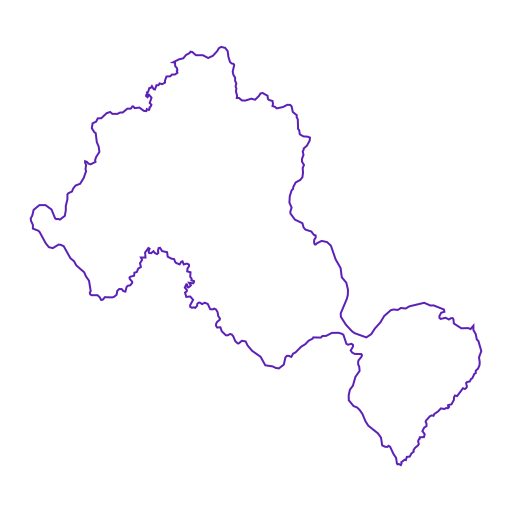 the district of Los Andes, Nariño, Colombia
{"feature_id": "7082276B65989383346082", "entity_name": "Los Andes", "entity_type": "district", "adm_level": 2, "iso_a3": "COL", "parent_name": "Colombia", "parent_adm1": "Nariño", "projection": "natural_earth1", "projection_center": [-77.705, 1.658], "detail": "fine", "context": "isolated", "style": "outline", "palette": "violet", "viewbox_px": 512, "rotation_deg": 0, "n_neighbors": 0, "source": "geoboundaries", "source_scale": "gbopen_adm2", "svg_char_len": 5994}
<svg xmlns="http://www.w3.org/2000/svg" viewBox="0 0 512 512"><path d="M245.2,100.6L241.9,100.4L239.0,98.0L236.8,98.0L237.1,95.8L235.9,91.2L236.4,88.6L235.6,86.4L236.3,83.4L235.1,80.8L235.1,77.6L233.4,74.9L232.7,71.7L234.2,65.0L233.5,63.9L231.5,63.4L230.0,62.0L228.4,56.8L227.7,51.2L225.2,47.9L221.2,46.9L218.9,48.2L217.2,51.1L213.0,55.7L208.2,58.0L202.8,55.2L195.9,55.2L192.3,52.0L190.5,51.7L189.5,53.1L186.0,55.0L183.3,58.3L179.1,59.3L173.1,62.3L175.0,62.5L175.2,66.1L176.9,68.1L177.4,70.3L176.8,71.0L177.4,72.8L174.9,74.5L171.8,74.6L170.3,76.3L166.5,76.5L165.0,80.5L165.0,82.6L162.0,84.2L159.6,83.4L158.5,85.2L156.5,85.2L154.9,89.5L153.6,89.1L151.9,86.1L150.7,87.9L149.3,88.1L148.2,91.7L146.9,92.4L147.5,94.5L146.3,94.8L146.1,96.0L147.5,97.2L149.0,94.8L151.5,97.7L149.7,103.0L151.4,104.7L150.7,106.5L149.5,107.4L149.6,108.9L148.8,110.0L146.8,109.1L146.3,111.1L143.9,110.9L139.4,107.6L134.6,108.1L133.4,106.5L132.4,106.4L130.7,108.7L127.3,108.7L122.7,112.5L120.1,112.5L117.4,113.9L112.4,113.9L110.2,112.0L106.7,113.1L101.3,118.2L97.7,118.4L96.2,121.6L92.6,123.3L91.8,128.2L94.4,132.3L95.7,133.1L96.8,142.1L98.7,146.7L99.4,151.9L96.1,157.1L95.1,160.1L95.5,161.9L90.6,164.3L88.4,163.6L87.1,162.0L85.1,161.2L85.0,162.3L86.1,165.0L85.5,169.1L86.1,171.1L83.7,178.0L80.1,183.8L75.6,185.5L73.2,188.5L72.0,191.5L68.4,193.2L67.4,194.4L67.4,199.4L65.8,205.9L65.8,210.3L64.8,215.9L59.9,219.6L58.2,218.9L56.2,219.1L55.1,218.3L51.5,209.5L45.5,205.1L39.4,205.1L33.6,209.9L32.3,215.5L30.7,218.5L31.0,220.9L32.9,224.9L32.9,228.6L38.3,230.7L39.6,232.0L45.8,243.4L48.9,247.2L52.8,248.1L58.6,244.6L60.7,244.8L63.7,246.2L70.4,258.2L74.1,261.3L76.3,265.4L84.2,272.3L85.9,276.3L89.0,280.7L90.7,291.1L89.8,292.6L90.2,294.3L91.5,295.2L97.5,295.2L99.6,297.1L101.2,300.0L102.9,299.6L104.8,297.2L112.5,297.4L114.4,296.6L116.6,294.7L117.3,290.8L119.3,289.0L121.7,289.1L123.4,291.1L125.4,291.6L126.6,286.9L128.0,285.7L130.3,285.3L132.3,282.7L132.1,281.6L129.8,279.0L129.5,277.5L130.4,276.7L134.1,275.7L134.4,272.7L136.8,272.0L138.2,268.6L140.9,267.0L140.0,263.2L142.1,259.9L140.9,257.5L145.5,257.5L145.1,252.5L148.4,248.0L149.6,248.7L148.6,251.6L149.1,253.0L151.1,253.2L153.5,251.2L154.9,253.0L157.0,254.1L158.3,253.0L158.0,250.6L158.6,248.1L160.0,247.8L162.1,251.1L167.1,252.2L167.7,256.7L171.5,258.7L174.1,259.1L175.2,262.0L176.2,263.0L179.6,264.4L181.3,261.7L182.5,261.3L183.7,264.4L186.8,263.6L188.9,264.5L189.1,266.1L187.5,268.5L187.2,271.4L190.5,272.3L190.2,276.7L191.7,278.9L191.4,280.4L193.9,281.0L194.1,281.8L193.2,283.3L189.1,282.8L190.9,285.4L188.6,287.4L187.5,287.2L187.1,284.5L186.3,284.3L184.8,287.6L186.9,290.1L186.7,291.4L185.0,292.6L186.3,296.9L190.2,296.5L193.1,299.8L190.1,305.3L190.2,306.8L192.0,307.8L193.9,307.3L195.2,307.9L197.0,305.9L197.4,303.7L198.6,302.7L199.8,302.6L202.1,304.1L204.8,302.7L207.8,304.0L210.2,309.2L212.8,309.4L214.2,308.6L216.0,309.5L217.6,312.2L218.2,316.0L220.0,318.7L219.6,319.9L217.1,321.9L216.1,323.8L216.0,325.7L217.1,327.5L220.4,327.3L221.7,331.2L225.8,335.2L227.3,335.4L230.2,334.0L231.9,334.6L233.3,336.4L235.3,341.2L237.7,343.4L238.8,343.4L241.8,340.8L245.6,341.4L247.6,345.5L252.1,350.8L260.6,356.8L265.3,365.3L272.6,366.4L275.9,368.0L278.9,368.4L283.8,364.6L285.4,357.5L286.8,355.9L288.8,355.9L291.3,356.9L293.1,353.6L295.4,352.5L301.3,346.6L305.3,344.2L308.6,340.7L312.5,338.7L313.3,337.4L320.8,337.6L322.5,336.0L326.1,335.9L331.9,332.9L338.5,332.8L341.9,333.8L343.4,334.8L346.4,343.8L348.0,344.7L351.5,343.8L353.0,344.9L352.9,346.8L350.7,350.5L352.2,352.6L354.7,353.9L361.4,354.1L362.0,355.2L361.3,357.0L358.6,360.2L358.1,361.9L358.2,364.6L359.2,366.5L359.6,370.9L355.4,376.9L352.9,385.7L349.9,389.7L348.7,395.4L348.8,400.3L353.6,406.1L357.0,407.4L359.6,409.9L362.4,413.9L365.5,421.3L368.3,425.7L377.9,433.3L381.0,437.7L382.2,445.4L385.2,446.8L387.4,446.9L388.6,445.8L390.1,446.8L393.5,454.0L396.1,457.9L396.9,463.5L397.5,464.3L398.8,464.0L400.8,465.1L401.5,463.7L401.3,462.2L404.7,459.7L405.9,460.1L406.8,456.9L409.7,456.6L411.5,453.4L413.7,451.7L413.5,450.1L415.1,447.8L418.1,445.3L418.8,444.0L418.1,441.2L418.9,439.2L419.7,438.8L419.8,437.3L423.9,437.1L424.7,434.2L422.4,431.1L424.1,427.7L426.5,426.1L426.5,423.6L425.6,421.9L426.0,420.6L430.0,416.2L431.7,415.4L433.5,415.8L434.4,413.9L438.2,411.3L440.9,408.4L444.5,409.0L446.2,408.0L447.8,408.3L449.0,407.2L449.3,407.7L449.1,406.9L448.1,406.2L448.1,405.1L451.5,404.3L453.9,399.9L454.0,397.2L455.0,395.5L457.1,396.1L463.0,388.2L464.8,389.0L466.4,387.9L466.9,386.6L466.1,383.0L467.1,382.0L469.7,381.5L471.1,378.9L472.3,378.2L474.4,373.8L475.7,373.2L475.8,370.7L478.1,368.5L479.5,365.2L479.7,362.0L479.0,357.3L481.3,351.1L478.4,341.0L476.8,339.5L475.7,334.1L473.4,330.0L473.4,325.7L470.5,329.1L468.3,328.1L461.3,328.3L453.9,323.5L453.4,319.2L452.6,318.1L451.1,318.1L448.9,319.5L445.7,317.8L440.6,318.9L439.4,317.8L439.4,316.1L441.2,312.7L444.4,311.8L443.9,309.5L433.6,305.4L430.3,305.5L424.2,302.8L409.5,306.3L405.7,308.5L400.9,308.0L397.9,309.9L393.5,309.5L390.8,310.2L384.2,316.0L380.3,322.5L374.9,328.5L371.3,334.1L366.3,337.4L354.7,333.2L351.9,331.2L345.9,324.7L340.9,316.9L340.7,313.4L346.9,298.7L347.8,294.9L348.0,289.9L346.3,282.7L341.8,277.3L340.6,268.1L335.6,259.3L330.9,245.7L327.1,242.1L321.7,240.9L317.0,243.2L315.7,244.5L314.8,244.4L314.1,242.8L314.2,239.9L315.7,237.5L315.6,235.4L313.9,234.9L311.3,231.5L305.4,229.6L303.6,227.5L302.4,223.2L294.9,219.6L290.4,213.4L290.3,211.8L291.6,207.6L289.4,202.6L289.8,196.0L291.7,190.2L293.1,188.9L293.3,186.9L295.7,182.4L300.2,180.0L302.4,177.3L303.0,172.8L302.7,167.9L304.0,165.0L301.9,161.5L302.0,158.8L303.5,154.9L302.7,151.4L303.6,149.9L303.7,148.5L306.9,145.7L309.7,140.5L310.0,137.6L307.8,136.7L303.4,136.4L299.8,134.3L299.2,130.3L298.1,128.9L297.8,119.4L296.6,117.1L296.8,115.2L292.8,112.0L291.6,106.3L290.2,104.9L287.3,104.8L283.1,107.0L276.8,108.4L274.9,106.8L272.5,106.1L273.0,103.9L272.5,101.0L268.9,99.9L267.9,98.9L267.6,95.8L262.6,93.0L260.4,93.5L259.0,95.9L255.1,99.7L251.2,98.7L245.2,100.6Z" fill="none" stroke="#5b21b6" stroke-width="2"/></svg>